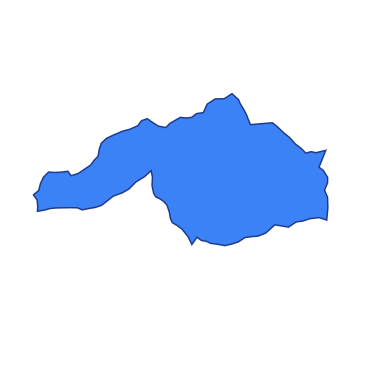 Fernão, São Paulo, Brazil, rotated 47°
{"feature_id": "56859067B16110619340323", "entity_name": "Fernão", "entity_type": "district", "adm_level": 2, "iso_a3": "BRA", "parent_name": "Brazil", "parent_adm1": "São Paulo", "projection": "equal_earth", "projection_center": [-49.55, -22.377], "detail": "fine", "context": "isolated", "style": "filled", "palette": "blue", "viewbox_px": 384, "rotation_deg": 47, "n_neighbors": 0, "source": "geoboundaries", "source_scale": "gbopen_adm2", "svg_char_len": 1502}
<svg xmlns="http://www.w3.org/2000/svg" viewBox="0 0 384 384"><g transform="rotate(47 192 192)"><path d="M304.4,112.6L296.3,103.5L288.3,96.5L281.0,93.8L277.8,86.7L273.9,82.9L265.7,81.2L260.5,82.2L252.8,65.8L247.7,74.7L243.9,77.2L241.2,82.2L233.9,82.5L227.4,83.7L218.9,83.5L211.6,84.5L201.3,85.2L196.2,86.0L182.6,103.3L176.8,101.2L172.8,99.5L167.4,98.0L160.3,96.5L156.1,95.0L147.4,95.7L145.7,104.9L139.7,111.7L138.1,121.0L141.7,129.6L137.7,135.3L137.2,141.3L134.3,145.4L129.5,149.6L126.8,161.0L127.0,167.2L120.8,171.7L112.6,173.8L107.9,174.7L105.4,180.4L106.6,186.4L103.6,195.0L100.3,201.0L96.8,210.6L94.5,217.7L94.5,225.2L97.6,230.8L101.8,236.3L102.1,242.2L103.2,247.9L102.1,254.6L100.9,262.4L97.7,269.3L92.1,268.7L88.1,274.4L83.8,279.4L79.6,283.3L79.9,290.6L82.5,297.1L86.3,303.0L86.0,309.9L92.3,310.8L97.4,314.7L100.7,318.2L104.8,311.9L107.2,307.2L110.5,302.8L115.6,297.1L121.0,291.1L125.4,286.6L130.2,284.5L133.3,279.4L137.4,273.1L140.1,267.2L141.3,252.3L145.0,243.7L146.8,236.1L146.4,226.0L148.4,216.3L148.5,207.3L154.2,210.8L160.0,216.8L166.8,220.9L171.0,221.8L175.1,220.1L179.3,219.2L184.4,219.2L191.1,222.2L196.9,226.0L201.1,227.3L206.0,225.8L212.4,224.6L222.1,225.4L230.3,227.9L228.5,219.2L233.8,218.2L238.0,215.0L242.1,213.5L246.1,210.2L249.6,207.5L253.6,204.6L257.2,198.4L260.1,192.1L261.4,184.5L265.2,178.9L269.2,174.0L272.3,166.1L272.5,153.8L277.9,149.6L283.5,145.4L284.9,136.3L288.8,130.8L291.9,124.0L297.3,116.6L304.4,112.6Z" fill="#3b82f6" stroke="#1e3a8a" stroke-width="1.5"/></g></svg>